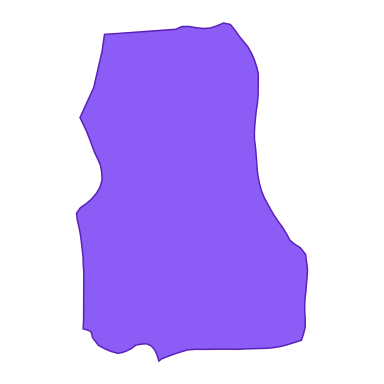 Habban, Shabwah, Yemen (orthographic projection)
{"feature_id": "15242507B21238216413190", "entity_name": "Habban", "entity_type": "district", "adm_level": 2, "iso_a3": "YEM", "parent_name": "Yemen", "parent_adm1": "Shabwah", "projection": "orthographic", "projection_center": [47.137, 14.306], "detail": "fine", "context": "isolated", "style": "filled", "palette": "violet", "viewbox_px": 384, "rotation_deg": 0, "n_neighbors": 0, "source": "geoboundaries", "source_scale": "gbopen_adm2", "svg_char_len": 1637}
<svg xmlns="http://www.w3.org/2000/svg" viewBox="0 0 384 384"><path d="M158.9,361.0L161.4,359.0L167.8,356.4L174.5,354.0L181.1,351.8L187.7,349.9L190.1,349.7L195.3,349.3L202.6,349.4L209.5,349.3L216.5,349.2L223.3,349.2L230.9,349.2L238.3,349.3L245.5,348.9L252.4,348.7L259.8,348.5L266.7,348.3L273.9,347.6L281.4,346.3L288.7,344.3L295.5,342.2L301.5,340.2L303.6,333.5L305.2,327.2L305.2,318.3L304.8,312.8L304.7,305.9L305.0,298.8L305.9,291.5L306.4,284.5L307.1,277.0L307.5,269.9L306.7,262.6L305.6,254.4L300.5,247.9L294.6,244.1L289.9,240.2L286.5,233.7L282.7,227.6L278.5,221.8L274.5,215.9L271.0,210.0L267.3,203.4L264.0,197.1L261.4,190.5L259.4,183.3L258.0,176.0L257.1,169.1L256.7,162.2L256.1,154.4L255.5,147.2L254.5,139.6L254.4,132.3L254.8,125.3L255.5,118.0L256.2,111.1L257.4,103.5L258.1,95.3L258.2,87.8L258.3,80.9L258.3,73.7L256.7,67.0L254.4,59.9L251.5,53.3L247.9,46.8L243.3,41.2L238.8,35.7L234.9,30.0L230.4,24.5L223.6,23.0L217.0,25.8L210.3,28.0L203.5,28.5L196.4,27.7L189.1,26.5L182.0,26.5L175.7,29.3L104.5,34.4L102.1,51.1L93.7,87.6L80.0,117.6L80.7,118.9L83.7,125.3L86.7,131.7L89.3,138.3L92.0,145.5L94.6,152.5L97.8,159.1L100.5,165.5L101.7,172.4L102.1,179.8L100.1,186.9L96.4,193.3L91.6,199.0L86.3,203.6L80.5,207.6L76.5,213.2L77.4,220.6L79.1,227.7L80.5,235.2L81.4,242.3L82.2,249.4L83.1,257.4L83.2,264.4L83.8,271.8L83.6,317.7L83.5,322.5L83.1,328.8L85.3,329.4L88.1,330.3L90.8,331.4L91.9,334.6L92.5,337.4L94.2,339.9L98.4,345.3L104.6,348.7L110.6,351.3L117.7,353.3L121.9,352.6L126.0,351.2L131.0,348.8L136.1,345.0L142.4,344.0L146.7,343.8L150.9,345.7L153.9,348.8L155.5,351.5L157.1,355.3L158.9,361.0Z" fill="#8b5cf6" stroke="#5b21b6" stroke-width="1.5"/></svg>